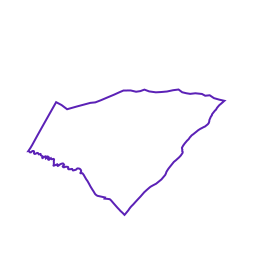 outline of Barh-Sara, Mandoul, Chad, rotated 51°
{"feature_id": "50815135B19223233714044", "entity_name": "Barh-Sara", "entity_type": "district", "adm_level": 2, "iso_a3": "TCD", "parent_name": "Chad", "parent_adm1": "Mandoul", "projection": "equal_earth", "projection_center": [17.726, 8.38], "detail": "fine", "context": "isolated", "style": "outline", "palette": "violet", "viewbox_px": 256, "rotation_deg": 51, "n_neighbors": 0, "source": "geoboundaries", "source_scale": "gbopen_adm2", "svg_char_len": 3642}
<svg xmlns="http://www.w3.org/2000/svg" viewBox="0 0 256 256"><g transform="rotate(51 128 128)"><path d="M62.7,167.6L73.3,194.4L76.7,202.9L81.0,213.4L81.5,214.8L82.0,216.1L83.2,220.0L83.4,219.7L84.3,219.6L85.4,219.4L85.8,218.8L85.7,217.5L85.8,217.3L85.9,216.5L86.4,215.9L86.6,215.8L87.1,215.8L87.9,216.4L88.6,217.0L89.1,217.0L89.6,216.7L89.9,215.7L90.2,214.3L90.7,213.8L92.3,213.9L93.0,212.5L93.3,212.5L93.4,212.4L94.3,212.9L94.8,212.7L96.4,212.2L96.8,213.0L97.0,213.3L97.5,213.4L97.6,213.0L97.7,212.8L97.6,212.3L97.6,212.0L97.7,211.1L98.2,209.8L98.6,209.7L99.0,210.5L99.9,211.0L100.0,210.3L99.9,210.1L99.4,209.4L99.3,208.9L99.4,208.7L99.6,208.3L101.0,208.0L101.4,208.3L101.6,209.1L101.7,209.5L102.0,209.8L102.6,209.8L102.9,209.5L103.0,209.4L103.0,209.1L103.0,208.9L102.7,208.0L102.7,207.9L102.8,207.5L102.9,207.0L103.1,207.1L103.7,207.2L104.2,207.0L105.2,205.3L105.3,205.3L105.8,205.2L106.2,205.5L107.2,206.7L107.4,206.8L107.9,207.1L109.6,208.6L109.9,208.9L110.3,209.5L110.6,209.4L111.7,205.8L111.8,205.8L112.2,205.7L112.2,205.8L112.4,206.2L112.5,206.3L112.6,206.5L113.0,206.4L113.3,206.4L113.5,205.8L113.5,205.0L113.5,203.8L113.8,202.5L114.0,202.0L114.5,201.0L114.9,200.8L115.0,200.7L116.3,200.8L116.5,201.3L116.6,202.3L116.8,202.8L116.9,203.0L117.1,203.0L117.8,202.9L118.2,202.5L118.3,202.4L119.0,200.6L120.3,199.3L120.4,199.2L120.9,199.2L121.5,199.7L121.6,199.9L122.0,200.2L122.4,200.2L122.7,200.1L123.7,198.8L124.0,198.4L124.3,197.6L124.7,197.2L125.3,197.3L126.2,197.5L126.3,197.4L126.6,197.1L127.5,195.1L127.7,194.4L127.5,193.3L127.7,192.6L128.4,191.8L128.9,191.5L129.1,191.3L129.3,191.2L129.5,191.2L129.8,191.1L130.6,191.0L131.2,191.2L131.9,191.4L132.3,191.9L133.0,193.3L133.5,193.2L134.2,192.1L134.5,191.9L135.2,191.9L136.5,191.9L137.5,192.1L139.4,192.4L141.2,192.7L142.4,192.8L142.8,192.8L143.2,192.8L143.9,192.9L144.0,192.9L146.9,193.4L150.0,194.0L154.7,194.6L155.2,194.6L157.9,195.0L158.8,195.1L159.9,194.9L160.4,194.8L161.5,194.4L167.5,189.6L167.9,190.4L168.1,190.7L170.2,188.5L170.9,187.9L171.6,187.2L171.8,187.0L173.6,186.7L177.3,186.6L182.5,186.4L184.0,186.3L186.5,186.1L187.2,186.1L187.4,186.1L190.7,185.6L193.3,185.4L193.2,184.6L192.2,179.6L191.6,177.7L191.2,176.0L191.0,174.9L190.9,174.1L190.7,172.1L190.2,169.0L189.8,166.3L189.6,164.9L189.1,161.2L189.0,160.7L188.1,155.5L188.1,154.4L188.0,153.5L187.9,151.1L187.8,148.4L187.9,146.9L188.4,144.1L189.0,141.2L189.0,139.6L189.0,134.4L187.9,128.6L187.1,127.0L186.2,125.6L185.1,122.3L184.8,121.0L183.2,113.7L183.2,111.3L183.2,110.8L183.1,109.3L183.0,107.0L182.7,104.8L182.6,104.1L182.4,103.6L181.8,101.5L181.3,100.8L180.9,100.5L180.2,100.5L179.8,100.2L179.1,99.4L178.6,99.3L177.3,98.5L176.6,96.7L176.3,96.0L176.2,95.4L175.7,93.7L175.6,93.1L175.0,90.0L174.9,88.5L174.8,87.7L174.5,86.7L174.2,85.8L174.1,84.8L173.8,83.4L173.8,83.2L173.8,82.8L173.9,81.3L173.9,76.4L173.9,74.7L173.9,74.4L174.0,74.0L174.2,72.0L174.4,71.4L174.7,69.7L174.9,68.8L175.0,68.2L175.2,67.7L175.3,67.2L175.3,66.5L175.3,63.6L175.0,62.4L174.9,62.0L174.8,61.9L174.1,60.8L173.0,59.7L171.3,56.4L171.1,55.5L170.9,54.8L170.7,54.6L170.4,54.3L170.3,54.2L170.1,53.5L169.7,51.8L169.2,49.5L169.1,47.9L168.7,47.1L168.5,46.5L168.1,45.0L168.1,44.7L168.0,44.3L167.7,42.6L167.7,41.7L167.7,41.1L167.6,37.6L167.5,36.4L167.5,36.0L163.3,39.3L158.9,42.4L154.0,43.9L151.5,47.7L148.1,49.1L143.4,53.8L140.6,58.2L137.7,60.8L134.3,63.4L129.9,64.5L127.0,69.2L124.2,74.7L120.9,79.6L117.8,83.9L112.9,88.5L108.5,91.1L107.1,95.2L104.9,98.9L100.5,102.3L96.0,108.0L94.8,112.2L93.4,117.6L91.1,125.5L89.3,131.8L87.5,137.3L84.8,141.4L79.1,154.2L75.1,163.5L68.3,165.2L62.7,167.6L62.7,167.6Z" fill="none" stroke="#5b21b6" stroke-width="2"/></g></svg>